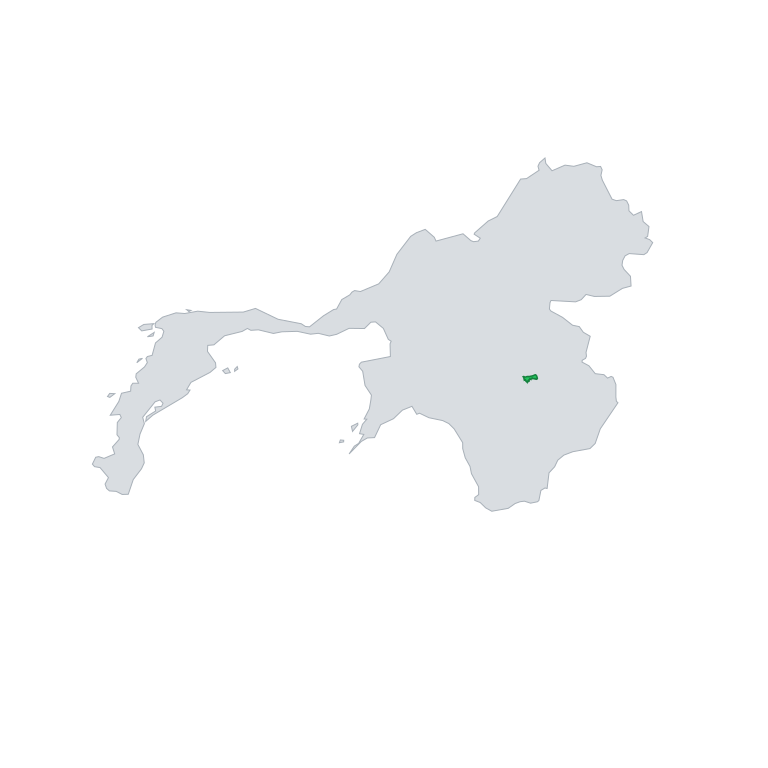 Ban Fang, Khon Kaen, Thailand (highlighted), rotated 71°
{"feature_id": "78962969B10387092558373", "entity_name": "Ban Fang", "entity_type": "district", "adm_level": 2, "iso_a3": "THA", "parent_name": "Thailand", "parent_adm1": "Khon Kaen", "projection": "orthographic", "projection_center": [102.643, 16.502], "detail": "fine", "context": "in_parent", "style": "filled", "palette": "green", "viewbox_px": 768, "rotation_deg": 71, "n_neighbors": 0, "source": "geoboundaries", "source_scale": "gbopen_adm2", "svg_char_len": 5878}
<svg xmlns="http://www.w3.org/2000/svg" viewBox="0 0 768 768"><g transform="rotate(71 384 384)"><path d="M330.3,86.7L330.9,89.6L334.0,85.8L337.8,83.9L345.4,92.5L346.3,96.2L340.5,109.7L341.3,114.3L344.9,118.1L349.2,120.3L353.8,119.7L362.4,115.9L371.8,118.5L371.2,127.5L374.5,141.9L369.7,156.6L365.1,163.8L368.5,170.1L368.7,176.1L359.4,198.9L361.2,200.6L367.0,203.2L369.4,202.4L379.1,193.5L389.8,186.6L393.3,180.7L400.0,178.7L406.0,173.5L419.9,182.7L423.6,183.5L425.4,185.1L426.1,188.9L427.8,189.6L433.5,184.3L443.0,180.9L446.8,173.0L451.2,170.7L450.8,166.8L452.2,165.3L460.0,164.9L471.8,169.0L476.0,169.9L477.9,168.9L496.8,194.1L509.0,203.7L512.1,210.3L509.5,227.4L509.8,237.1L512.6,244.5L517.8,249.6L521.7,256.9L535.9,263.8L534.7,265.7L535.7,270.3L544.6,275.5L545.3,277.3L544.4,284.2L540.5,289.4L539.6,293.7L539.7,299.0L542.0,307.0L539.4,323.5L534.2,328.2L527.4,331.6L523.6,336.1L520.8,335.0L519.4,330.5L511.9,328.0L497.3,330.5L490.0,329.5L480.2,331.2L470.7,330.6L465.1,328.7L449.2,332.3L442.5,335.6L437.7,340.4L430.5,352.5L423.2,359.9L423.3,362.9L414.2,364.8L414.7,375.1L419.9,386.3L421.4,400.4L431.6,410.4L429.6,417.3L430.9,424.1L438.8,439.8L433.1,432.3L431.9,427.3L425.1,419.5L423.0,423.3L415.1,417.5L411.7,411.7L410.6,414.2L402.8,406.0L394.8,401.6L390.4,399.5L379.2,402.4L365.0,400.0L359.6,402.1L357.3,400.8L356.0,398.3L360.1,369.0L348.0,365.2L345.9,363.3L343.2,365.4L331.2,366.5L322.5,371.8L321.3,376.3L325.2,384.4L320.0,398.9L321.6,412.6L320.8,420.1L314.7,429.6L313.0,437.2L306.0,448.8L301.4,463.5L300.2,472.1L291.9,485.1L289.9,492.4L287.0,495.1L288.1,501.0L286.5,519.0L291.6,532.1L290.1,538.1L295.7,540.3L309.1,536.4L313.6,537.5L316.4,544.7L319.6,566.0L325.2,572.6L326.6,569.4L329.3,572.8L331.3,579.2L338.2,612.7L341.8,621.5L337.6,619.2L335.2,608.7L331.3,608.2L332.7,601.6L330.2,599.2L326.2,601.0L326.3,606.2L336.9,623.0L343.5,623.5L351.9,631.0L361.0,636.4L372.6,634.6L380.5,636.4L385.2,640.9L392.7,652.2L405.0,661.7L403.2,667.5L398.3,672.2L395.7,678.4L392.4,680.3L387.8,680.3L382.8,675.0L370.6,679.7L367.9,684.6L364.8,685.8L359.4,680.4L359.8,677.4L363.2,672.9L362.4,661.4L355.1,661.2L350.2,652.5L348.6,651.7L345.1,653.0L333.6,648.7L330.2,643.3L326.8,643.7L324.4,653.0L314.2,640.4L307.3,635.2L308.3,625.9L303.5,623.9L301.5,621.3L303.4,615.8L296.8,616.5L293.7,615.0L289.9,604.9L286.7,600.8L282.4,600.8L281.0,598.8L281.4,593.9L270.8,586.7L267.5,578.6L262.5,575.0L259.3,576.0L256.0,581.6L253.6,581.2L251.4,579.6L248.7,571.5L249.0,557.5L252.5,549.4L254.5,536.4L259.6,525.5L270.2,493.6L270.7,480.9L288.3,463.1L300.1,442.6L304.0,439.6L305.7,435.8L299.8,419.0L297.2,407.4L297.7,404.4L290.4,396.4L288.6,387.3L286.7,384.4L286.1,381.4L288.9,376.2L287.6,356.4L279.7,342.6L265.6,329.6L253.1,310.7L251.5,304.1L251.2,294.7L261.6,288.7L265.8,288.3L267.7,260.4L276.7,255.2L278.6,253.0L279.6,248.3L277.5,245.5L271.7,250.0L270.6,249.0L263.8,232.4L262.5,222.4L234.7,188.1L236.2,182.4L232.4,167.8L228.2,167.5L225.4,164.8L222.7,158.2L228.1,159.2L237.1,155.7L236.0,141.6L240.0,133.6L240.9,120.1L247.8,112.3L248.8,108.4L252.5,108.0L257.4,111.0L262.4,111.2L283.5,108.2L286.3,104.6L287.7,97.3L289.9,95.0L294.6,94.4L300.0,96.0L305.7,93.2L304.8,84.4L314.8,86.1L321.4,82.2L330.3,86.7ZM256.5,585.4L254.9,595.8L250.8,597.8L249.5,591.7L252.0,582.0L253.1,584.3L256.5,585.4ZM323.2,525.6L322.5,530.6L318.8,532.2L317.9,526.5L323.2,525.6ZM414.1,422.0L418.6,429.2L413.4,428.6L412.5,421.6L414.1,422.0ZM305.8,649.5L303.6,646.4L305.5,641.7L307.4,647.6L305.8,649.5ZM263.4,586.7L262.3,592.3L260.4,584.5L263.4,586.7ZM323.4,521.1L321.4,520.4L319.7,517.1L322.2,517.2L323.4,521.1ZM281.1,604.0L283.4,610.8L280.7,607.6L281.1,604.0ZM425.6,441.0L425.0,445.3L422.7,443.5L424.1,440.4L425.6,441.0ZM252.0,544.9L249.5,546.4L251.6,542.5L252.0,544.9Z" fill="#d9dde1" stroke="#a8b0b8" stroke-width="1"/><path d="M429.2,238.1L429.1,237.9L428.9,237.3L428.3,237.3L428.3,237.2L428.2,237.1L427.9,237.1L427.7,237.1L427.4,237.1L427.2,237.1L426.9,237.1L426.7,237.0L426.4,237.0L426.2,237.0L425.9,237.2L425.7,237.3L425.4,237.4L425.2,237.4L425.0,237.5L424.8,237.6L424.7,237.6L424.6,237.8L424.5,238.1L424.5,238.4L424.5,238.5L424.6,238.8L424.6,239.1L424.6,239.4L424.6,239.5L424.6,239.9L424.6,240.0L424.8,240.4L424.7,240.6L424.7,240.8L424.6,241.0L424.6,241.3L424.6,241.5L424.6,241.9L424.5,242.1L424.5,242.5L424.4,242.8L424.5,242.9L424.4,243.0L424.4,243.3L424.3,243.7L424.3,243.8L424.2,244.2L424.2,244.3L424.1,244.6L424.0,244.8L424.0,245.1L423.9,245.1L423.6,246.0L423.5,246.4L423.5,247.0L423.5,247.3L423.5,247.5L423.5,248.0L423.4,248.3L423.3,248.5L423.2,248.7L423.1,248.8L422.9,249.0L422.6,249.2L422.5,249.3L422.4,249.4L422.4,249.5L422.4,249.8L422.5,249.9L422.5,250.0L422.7,249.9L422.9,249.9L423.2,249.5L423.4,249.5L423.5,249.6L423.8,249.7L424.0,249.8L424.4,249.9L424.5,249.8L424.8,249.8L425.0,249.8L425.6,249.8L425.8,249.7L426.0,249.5L426.0,249.4L426.1,249.5L426.1,249.4L426.1,249.5L426.2,249.4L426.3,249.3L426.3,249.2L426.5,249.2L426.8,249.1L427.0,249.0L427.0,248.9L427.3,248.9L427.5,248.7L427.5,248.8L427.8,248.8L427.9,248.7L428.0,248.7L428.3,248.5L428.4,248.4L428.5,248.4L428.7,248.0L428.7,247.9L428.8,247.9L429.0,247.9L428.9,247.8L428.8,247.7L428.7,247.7L428.7,247.4L428.6,247.2L428.7,246.9L428.3,246.7L428.2,246.7L428.3,246.5L428.3,246.4L428.2,246.4L428.1,246.2L427.9,246.1L428.0,246.0L427.9,246.0L428.0,245.7L427.9,245.6L427.6,245.6L427.5,245.4L427.4,245.3L427.2,245.3L427.2,245.2L427.2,244.9L427.2,244.7L427.0,244.2L426.9,244.2L427.0,244.1L426.9,244.1L427.0,244.0L426.9,244.0L426.9,243.9L427.0,243.8L427.0,243.7L427.1,243.4L427.2,243.2L427.3,243.2L427.2,243.0L427.1,242.9L427.1,242.7L426.9,242.5L426.8,242.4L426.7,242.3L426.8,242.2L426.7,242.2L426.6,241.9L426.8,241.8L426.9,241.6L427.0,241.6L427.2,241.3L427.5,240.9L427.7,240.7L427.9,239.5L428.0,239.5L428.3,239.5L428.5,239.6L428.7,239.3L428.7,239.2L428.6,238.9L428.8,238.6L429.0,238.5L429.2,238.3L429.2,238.2L429.2,238.1Z" fill="#22c55e" stroke="#15803d" stroke-width="1.5"/></g></svg>